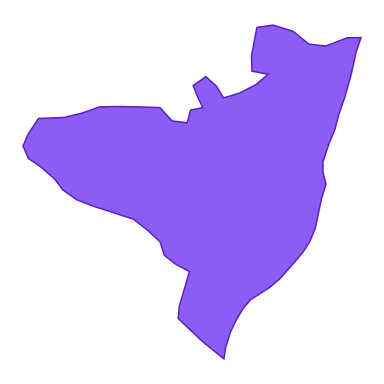 Olinda, Pernambuco, Brazil (orthographic projection)
{"feature_id": "56859067B62433131631908", "entity_name": "Olinda", "entity_type": "district", "adm_level": 2, "iso_a3": "BRA", "parent_name": "Brazil", "parent_adm1": "Pernambuco", "projection": "orthographic", "projection_center": [-34.866, -7.998], "detail": "fine", "context": "isolated", "style": "filled", "palette": "violet", "viewbox_px": 384, "rotation_deg": 0, "n_neighbors": 0, "source": "geoboundaries", "source_scale": "gbopen_adm2", "svg_char_len": 962}
<svg xmlns="http://www.w3.org/2000/svg" viewBox="0 0 384 384"><path d="M361.0,37.6L347.1,37.8L325.6,46.1L308.7,44.0L293.0,31.2L273.1,25.1L256.9,27.4L254.6,39.5L251.5,55.8L252.0,71.2L268.2,74.3L255.7,84.7L239.6,93.0L223.6,97.9L216.6,86.3L205.8,76.6L193.2,85.6L197.4,96.5L202.8,107.6L190.6,110.0L187.1,122.8L172.1,120.9L159.9,107.6L139.0,106.9L117.5,106.5L99.4,106.9L81.9,113.1L64.3,117.4L38.5,118.5L28.4,133.7L23.0,146.0L28.4,158.5L40.4,166.6L54.7,179.1L62.6,189.8L76.9,199.9L94.5,206.6L111.4,212.0L133.6,219.3L147.5,230.2L160.1,241.8L164.3,255.3L175.8,264.3L189.4,271.6L183.6,291.7L179.3,306.2L178.2,318.5L202.3,341.4L223.9,358.9L225.7,347.3L230.4,332.2L235.8,320.8L243.1,308.5L250.8,299.5L269.6,287.5L280.3,278.3L290.6,266.7L302.6,252.7L309.9,241.3L315.2,228.6L318.3,213.9L321.3,199.5L326.0,184.1L323.0,172.7L323.0,161.6L329.1,143.4L334.9,129.4L338.7,115.0L344.8,97.2L351.3,74.0L356.0,52.5L361.0,37.6Z" fill="#8b5cf6" stroke="#5b21b6" stroke-width="1.5"/></svg>